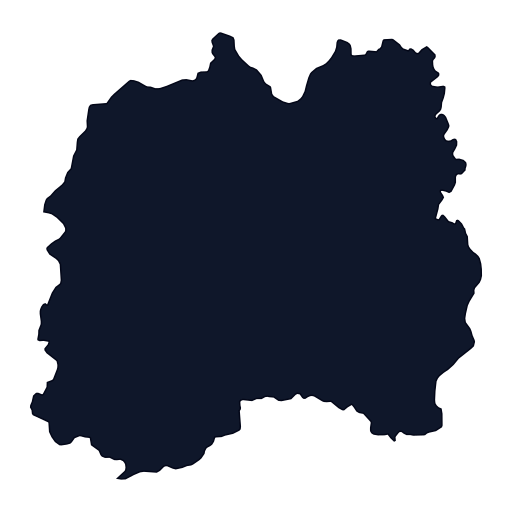 outline of Quy Hop, Nghệ An, Vietnam
{"feature_id": "81297802B66096195927531", "entity_name": "Quy Hop", "entity_type": "district", "adm_level": 2, "iso_a3": "VNM", "parent_name": "Vietnam", "parent_adm1": "Nghệ An", "projection": "natural_earth1", "projection_center": [105.167, 19.322], "detail": "fine", "context": "isolated", "style": "filled", "palette": "ink", "viewbox_px": 512, "rotation_deg": 0, "n_neighbors": 0, "source": "geoboundaries", "source_scale": "gbopen_adm2", "svg_char_len": 5884}
<svg xmlns="http://www.w3.org/2000/svg" viewBox="0 0 512 512"><path d="M159.6,470.3L163.7,466.2L165.7,465.5L167.4,465.6L172.7,467.9L175.7,468.7L182.2,467.3L186.9,465.4L190.9,464.8L192.8,463.9L198.9,459.7L200.9,457.9L203.9,453.5L204.4,450.9L205.8,448.1L207.2,446.9L209.7,445.6L211.6,444.2L213.4,441.3L214.3,438.1L215.1,436.8L221.4,436.4L224.9,435.0L232.8,433.2L239.0,430.1L240.0,429.0L240.3,426.5L239.1,410.7L240.1,409.2L240.3,407.9L239.8,405.4L239.6,401.6L240.7,400.2L242.8,399.4L251.9,400.4L256.5,398.4L261.4,398.4L265.0,396.4L267.5,396.1L269.1,396.5L273.8,396.9L278.6,400.2L281.4,400.5L290.9,398.6L295.3,394.2L297.3,393.2L300.2,393.8L302.7,397.4L303.9,398.2L305.2,398.1L307.6,396.5L309.5,395.7L310.9,395.3L313.0,395.4L314.7,396.0L322.7,400.8L324.1,401.3L326.7,401.5L330.7,401.2L331.5,401.5L338.9,407.6L342.5,409.6L343.8,409.7L347.4,406.7L351.6,404.2L352.6,404.9L354.2,406.9L356.9,411.0L359.3,412.4L363.6,413.2L371.2,421.6L371.4,423.0L370.7,427.8L370.7,430.3L371.0,431.4L372.0,432.9L373.8,434.0L378.0,434.7L384.6,434.6L388.0,433.9L390.9,437.7L394.2,440.9L395.1,440.4L394.8,437.2L395.2,436.2L398.1,432.5L399.6,431.2L401.9,431.4L403.9,433.0L406.7,434.4L410.4,434.4L413.3,435.0L423.5,434.7L424.8,434.5L426.7,432.9L429.0,432.0L435.7,430.5L441.4,426.8L441.9,425.3L441.8,413.8L441.0,409.0L438.4,407.9L436.3,406.0L434.9,403.8L434.6,402.3L434.4,399.8L434.8,391.1L435.9,381.2L437.3,378.1L439.1,375.8L443.1,372.4L448.0,369.1L453.2,364.4L458.4,358.1L470.8,348.3L473.3,345.9L474.3,341.8L474.0,340.3L472.0,335.7L470.8,331.3L469.7,328.7L465.2,322.5L464.6,318.4L465.3,313.6L467.2,305.3L469.1,301.1L473.9,293.2L473.7,290.1L474.5,287.7L479.1,282.3L480.5,279.3L481.3,275.7L481.2,269.3L480.6,263.8L479.2,258.6L477.9,256.5L475.4,254.1L473.0,252.5L469.9,249.2L468.4,246.9L467.7,244.7L467.2,236.6L465.5,233.4L464.5,228.9L463.8,228.4L461.5,224.0L458.5,220.9L457.6,220.4L456.7,220.7L455.7,223.5L454.7,224.1L454.1,224.0L452.1,222.8L448.4,221.7L444.6,216.9L443.0,215.4L442.2,215.4L441.5,216.0L439.2,219.7L438.0,219.9L435.2,218.7L437.8,208.9L438.5,204.4L441.9,199.9L443.3,197.4L442.4,195.4L440.7,192.9L440.2,191.6L440.3,190.8L440.8,190.3L442.2,190.1L446.1,191.0L449.1,192.3L451.0,191.3L454.4,185.0L455.3,182.4L455.3,176.8L456.2,174.8L457.4,173.9L458.5,173.6L460.2,173.9L461.5,173.6L465.0,169.9L464.8,169.1L465.8,165.8L465.9,164.2L465.5,162.6L463.2,160.5L459.1,159.3L455.9,159.5L455.1,158.8L452.9,155.7L452.5,154.1L452.7,152.3L454.7,148.9L456.5,145.1L456.6,141.7L455.6,139.6L454.3,139.3L452.8,139.8L450.9,141.0L448.6,141.4L446.2,141.0L444.7,139.5L443.7,137.4L443.4,135.7L444.1,134.0L447.1,129.8L448.6,126.7L448.7,125.4L448.0,123.4L445.5,117.3L444.1,115.6L442.8,114.7L441.1,114.4L439.7,115.0L438.7,116.1L437.3,118.5L436.2,118.7L434.8,117.0L435.1,115.2L436.1,113.8L439.5,110.8L440.6,109.1L441.1,107.0L441.5,102.4L443.2,97.7L444.3,93.4L444.8,88.1L444.7,87.0L443.3,86.4L437.8,87.2L435.9,87.0L431.9,86.3L430.8,85.2L430.3,84.2L430.4,82.2L437.4,76.7L438.5,75.4L438.7,74.0L438.3,73.1L435.2,71.1L433.9,69.3L433.0,67.1L432.6,65.0L432.4,61.2L432.8,59.7L434.5,57.8L435.0,56.7L434.9,54.9L427.9,47.8L426.7,46.9L422.0,49.7L418.5,53.6L416.8,53.6L415.3,52.8L413.1,50.2L411.0,49.0L409.9,49.1L408.6,50.8L408.2,50.9L402.8,49.0L401.0,47.2L399.5,44.9L393.1,39.9L392.0,39.5L384.4,39.9L383.7,40.1L383.2,40.9L381.7,47.0L380.0,49.0L378.8,49.4L376.6,51.9L368.7,51.2L367.5,51.6L365.9,54.6L364.9,55.2L354.5,56.1L352.3,55.9L351.4,55.3L351.0,54.5L350.9,48.8L350.2,45.7L349.4,44.3L347.2,42.6L343.2,41.0L340.6,40.0L338.7,40.1L337.8,41.0L337.2,42.7L336.8,47.2L335.5,51.4L331.7,57.7L329.0,61.1L326.3,63.8L323.3,65.7L316.5,68.5L311.7,72.6L310.6,74.0L308.9,77.9L306.6,85.7L305.2,91.5L302.7,96.7L301.0,98.8L297.8,101.4L289.7,103.7L288.2,103.7L282.7,102.0L273.4,96.7L271.6,94.2L270.5,87.6L270.1,86.8L265.7,84.1L264.6,82.9L263.7,81.7L261.1,75.4L260.2,74.3L256.5,70.0L252.8,68.1L250.3,67.4L248.5,66.1L241.7,59.8L238.6,56.2L234.7,49.5L234.2,46.2L233.9,40.1L233.0,37.8L229.7,36.2L220.8,33.1L219.8,33.1L218.9,33.5L212.8,39.1L212.0,40.5L212.2,42.2L213.7,46.3L212.2,50.1L212.2,52.3L212.7,53.6L215.2,56.8L215.4,58.2L214.2,59.9L210.7,63.2L209.9,67.1L208.6,70.7L207.7,71.6L206.6,72.0L200.9,72.2L198.1,73.3L197.0,77.6L196.2,79.2L194.6,80.4L192.5,81.0L186.4,79.8L182.2,80.1L166.8,86.5L160.4,88.6L158.2,88.9L155.2,88.9L150.6,87.3L147.4,87.1L145.9,86.6L138.4,82.3L133.9,80.9L130.6,80.6L129.3,81.3L114.5,94.2L111.5,97.2L106.9,103.7L92.8,104.8L90.8,105.3L90.1,106.1L89.4,107.2L88.9,109.3L87.2,120.8L87.5,126.7L87.2,128.3L85.6,131.0L79.7,136.8L77.9,139.1L77.4,142.2L76.8,150.0L73.7,156.0L71.3,168.7L67.8,172.5L65.6,177.9L64.9,181.9L62.4,185.0L55.4,190.8L50.7,196.1L47.3,198.6L46.3,200.1L44.8,204.7L43.9,211.8L48.7,212.7L52.0,213.7L57.1,217.2L63.6,223.6L65.8,228.0L65.9,230.2L65.6,231.6L60.4,238.2L59.1,239.3L55.4,241.1L51.6,243.8L47.4,247.6L47.0,248.5L47.2,249.8L49.9,254.1L56.2,258.3L58.6,260.6L60.4,264.2L61.4,280.3L60.8,283.3L60.1,284.3L56.0,287.4L52.4,293.1L47.6,305.2L46.8,305.2L45.2,303.9L43.5,304.6L41.8,307.0L40.8,309.4L40.4,311.2L40.4,313.8L41.4,321.2L41.4,323.5L41.2,324.8L39.0,330.4L38.9,334.2L38.0,339.1L38.1,339.8L39.7,340.5L43.6,340.2L49.2,341.2L49.1,342.6L48.3,344.8L45.1,348.7L45.1,350.0L47.1,352.8L56.6,360.2L57.3,361.1L58.1,364.9L58.0,367.4L57.5,369.5L53.6,379.5L52.4,380.6L47.4,382.5L47.2,387.2L43.4,394.4L42.1,395.1L38.2,393.5L36.8,393.4L36.1,393.7L33.7,396.0L32.4,401.9L30.9,405.4L30.7,407.2L32.2,410.0L32.6,413.6L33.4,414.7L48.7,421.8L49.1,422.6L49.7,431.7L52.1,436.8L55.4,441.5L59.7,444.6L61.4,444.7L66.8,443.9L70.0,443.0L71.3,441.8L74.3,437.6L79.5,435.5L81.2,435.7L85.2,436.8L89.3,437.2L90.2,437.6L90.5,438.1L91.6,444.8L99.2,450.3L101.1,454.7L102.2,456.0L105.1,457.2L109.8,457.1L114.4,459.4L116.9,459.5L120.3,459.1L123.4,460.5L125.0,462.5L125.8,464.2L126.2,467.5L125.8,470.2L125.0,471.5L117.6,478.3L121.2,478.9L125.4,478.7L133.6,474.4L139.9,471.7L143.8,471.1L156.6,472.0L159.6,470.3Z" fill="#0f172a" stroke="#020617" stroke-width="1.5"/></svg>